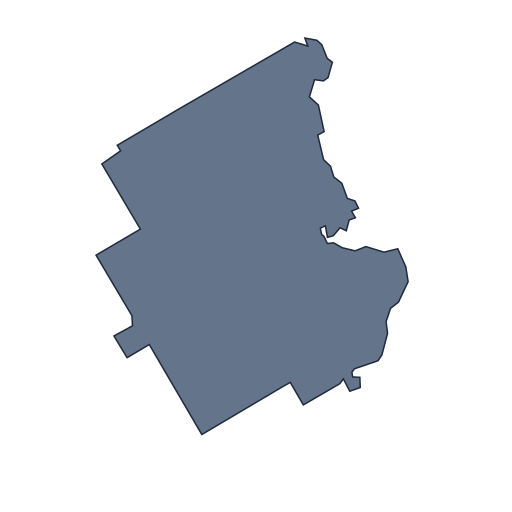 outline of Marengo, Alabama, United States of America, rotated 150°
{"feature_id": "52423323B21011437681534", "entity_name": "Marengo", "entity_type": "district", "adm_level": 2, "iso_a3": "USA", "parent_name": "United States of America", "parent_adm1": "Alabama", "projection": "albers", "projection_center": [-87.905, 32.269], "detail": "fine", "context": "isolated", "style": "filled", "palette": "slate", "viewbox_px": 512, "rotation_deg": 150, "n_neighbors": 0, "source": "geoboundaries", "source_scale": "gbopen_adm2", "svg_char_len": 1016}
<svg xmlns="http://www.w3.org/2000/svg" viewBox="0 0 512 512"><g transform="rotate(150 256 256)"><path d="M115.6,422.0L251.2,421.9L320.8,421.3L320.7,414.8L343.5,412.8L342.7,337.1L394.1,336.7L393.3,266.3L397.9,257.3L419.0,257.8L418.5,232.4L392.7,232.7L392.2,128.5L298.6,129.5L289.5,129.4L289.5,103.4L247.3,103.5L241.8,105.9L242.4,92.0L231.5,90.0L226.7,99.0L232.7,102.9L231.2,107.3L227.1,109.1L202.7,104.3L196.5,107.3L180.7,123.3L176.1,134.2L165.6,143.4L155.7,144.8L137.1,157.7L131.7,171.6L129.6,191.4L143.2,195.3L156.1,209.2L167.6,210.9L177.2,220.1L182.2,228.6L187.9,231.1L187.3,239.0L188.4,241.8L186.4,247.9L180.8,247.5L184.8,236.4L179.0,234.9L169.1,238.4L165.2,232.7L157.3,240.6L150.8,239.4L150.8,247.1L143.3,246.1L142.8,254.2L148.1,260.2L145.3,276.1L149.1,285.5L146.6,296.5L149.3,305.7L142.1,329.8L134.8,329.7L126.5,355.5L130.2,367.1L117.1,379.4L110.0,373.9L104.4,374.5L93.0,385.6L95.5,391.6L93.4,406.1L95.4,412.4L104.7,420.3L106.2,412.0L115.6,422.0Z" fill="#64748b" stroke="#1e293b" stroke-width="1.5"/></g></svg>